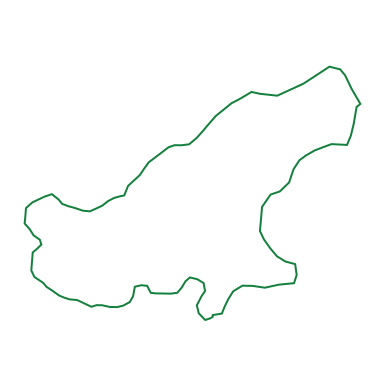 Hadong-gun, South Gyeongsang, South Korea (Mercator projection), rotated 91°
{"feature_id": "91817680B17319558643664", "entity_name": "Hadong-gun", "entity_type": "district", "adm_level": 2, "iso_a3": "KOR", "parent_name": "South Korea", "parent_adm1": "South Gyeongsang", "projection": "mercator", "projection_center": [127.804, 35.134], "detail": "fine", "context": "isolated", "style": "outline", "palette": "green", "viewbox_px": 384, "rotation_deg": 91, "n_neighbors": 0, "source": "geoboundaries", "source_scale": "gbopen_adm2", "svg_char_len": 1539}
<svg xmlns="http://www.w3.org/2000/svg" viewBox="0 0 384 384"><g transform="rotate(91 192 192)"><path d="M101.0,25.2L85.9,34.3L72.6,41.0L66.8,46.0L64.3,56.8L81.8,82.6L94.2,108.4L92.6,125.9L90.9,134.2L97.6,145.0L102.6,154.1L115.7,169.7L125.3,177.7L130.6,182.0L138.0,188.4L144.4,195.8L145.5,203.8L145.5,210.2L147.6,216.1L157.2,228.3L163.1,235.8L170.0,240.6L175.8,244.3L187.0,256.0L196.6,259.7L197.7,264.5L199.3,269.8L202.5,275.7L207.3,281.6L209.9,286.9L213.1,293.8L212.6,300.7L209.9,309.2L208.3,315.6L206.2,321.5L201.9,325.2L196.6,332.1L199.3,339.6L202.5,346.0L205.1,351.3L211.0,357.7L219.0,358.2L226.4,358.8L232.3,353.4L238.1,349.7L242.4,343.3L247.2,341.7L252.0,346.5L255.2,350.2L273.3,351.3L279.7,348.1L285.5,339.1L289.3,335.9L293.0,330.0L297.8,323.1L299.9,317.8L301.5,312.4L302.0,305.0L308.5,290.6L306.8,285.3L306.8,280.0L308.4,272.0L308.4,265.0L306.8,258.7L303.1,252.3L297.2,249.1L287.7,247.5L286.1,241.1L286.6,235.2L293.5,231.5L294.0,226.7L294.0,211.3L293.0,204.9L287.7,200.6L281.3,196.9L277.5,192.6L279.1,185.2L282.9,178.8L290.8,177.2L295.6,180.4L305.2,185.2L313.2,183.1L319.7,176.6L318.0,171.6L316.4,169.1L314.7,169.1L313.0,160.0L306.4,157.5L298.9,154.1L290.6,149.1L284.8,140.0L284.8,130.0L286.4,117.5L283.1,103.4L281.4,88.4L273.1,85.9L262.3,87.6L259.8,97.6L254.8,105.9L247.3,112.5L238.2,119.2L229.9,123.4L217.4,122.5L205.7,121.7L193.2,113.4L189.9,104.2L180.8,95.1L167.5,90.9L158.3,85.1L153.3,78.4L148.3,70.1L141.7,53.5L142.2,37.8L132.7,34.1L121.0,31.5L104.1,28.9L101.0,25.2Z" fill="none" stroke="#15803d" stroke-width="2"/></g></svg>